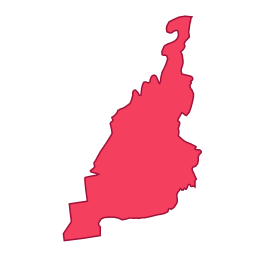 the district of Al-Mahmoudiya, Babil, Iraq, rotated 83°
{"feature_id": "34846034B92813694057989", "entity_name": "Al-Mahmoudiya", "entity_type": "district", "adm_level": 2, "iso_a3": "IRQ", "parent_name": "Iraq", "parent_adm1": "Babil", "projection": "natural_earth1", "projection_center": [44.202, 33.035], "detail": "fine", "context": "isolated", "style": "filled", "palette": "rose", "viewbox_px": 256, "rotation_deg": 83, "n_neighbors": 0, "source": "geoboundaries", "source_scale": "gbopen_adm2", "svg_char_len": 3442}
<svg xmlns="http://www.w3.org/2000/svg" viewBox="0 0 256 256"><g transform="rotate(83 128 128)"><path d="M100.1,120.9L100.8,121.2L102.5,122.2L103.1,122.5L103.7,122.9L104.6,124.3L104.9,124.8L106.4,127.4L107.2,129.2L107.6,130.0L108.0,132.0L108.3,133.2L108.7,134.3L109.3,135.9L110.4,136.4L111.0,136.8L111.5,137.1L112.5,138.1L114.1,139.9L114.8,141.2L115.4,142.7L116.8,142.5L117.8,142.0L118.7,141.9L119.8,143.4L120.4,144.4L121.5,145.1L124.8,144.7L126.5,144.5L131.1,144.4L132.6,145.2L136.1,148.0L139.3,150.6L144.2,154.8L148.3,158.4L153.0,161.8L156.4,164.2L158.4,166.0L162.9,165.9L165.9,170.6L167.0,170.2L170.3,162.8L171.1,165.1L171.2,168.9L171.7,174.8L171.9,176.6L173.7,177.1L184.2,177.4L195.7,177.2L195.8,180.8L196.2,195.5L204.4,195.6L214.1,195.6L225.0,205.0L232.0,205.0L232.0,203.3L232.0,186.4L231.5,171.5L231.4,168.7L226.0,168.0L222.8,167.5L221.3,168.7L221.1,168.9L218.6,168.7L214.9,165.6L214.0,162.4L214.1,158.5L214.7,153.1L216.2,148.5L218.4,145.0L218.2,141.9L217.5,136.9L218.4,132.7L218.4,131.4L218.4,130.8L218.4,130.0L218.7,129.6L218.9,129.3L219.0,128.9L218.9,126.7L218.8,125.2L219.1,122.1L218.6,116.6L218.5,115.6L217.9,111.1L217.3,102.5L216.0,98.7L213.7,97.7L213.0,97.0L213.9,94.7L212.3,91.9L208.4,88.6L206.0,87.9L200.4,87.8L198.3,86.8L196.1,84.6L194.6,83.5L196.2,82.1L196.3,80.7L195.3,80.1L194.7,79.1L195.8,78.3L195.9,77.8L194.3,76.4L192.8,75.9L191.7,75.1L191.4,74.0L192.0,73.3L193.2,73.1L193.8,72.3L193.7,69.8L194.7,68.7L190.6,68.2L189.0,68.0L188.0,67.5L187.8,67.4L187.1,66.3L184.9,67.1L177.5,69.4L175.7,69.2L174.8,68.4L174.2,65.6L173.1,64.6L172.2,63.5L172.0,63.3L170.1,62.6L167.7,62.0L166.1,62.0L165.0,61.5L163.6,61.1L162.7,60.1L161.8,58.8L160.9,58.2L159.9,58.3L158.9,59.0L158.4,59.8L157.9,62.4L157.5,63.9L156.4,64.0L155.3,62.8L154.9,62.7L151.6,67.4L149.8,70.8L148.2,73.3L145.5,76.0L144.9,76.5L144.4,76.9L143.1,78.0L141.9,79.0L140.1,78.4L137.4,77.9L134.6,78.2L133.2,77.5L130.2,76.2L128.6,76.1L127.6,76.8L126.9,77.8L126.0,77.6L119.4,72.8L119.8,71.9L122.0,69.8L122.7,68.5L121.1,66.8L119.7,65.2L115.2,63.0L110.2,61.0L107.9,60.1L106.9,60.0L105.8,59.4L102.4,58.8L99.4,59.5L98.0,60.0L96.6,60.9L95.1,61.3L93.6,61.3L92.4,60.9L91.5,60.0L90.9,59.6L89.8,59.9L89.3,60.1L88.8,59.2L88.3,58.3L87.6,57.9L86.2,57.7L84.8,58.6L84.0,59.9L83.0,62.6L81.7,66.1L81.0,67.9L78.9,68.2L76.9,68.3L74.9,67.5L72.3,66.2L70.2,65.5L68.6,65.3L66.6,65.2L64.0,65.3L62.6,65.3L61.0,65.5L60.2,65.9L59.3,66.4L58.4,66.0L57.6,64.5L56.4,63.3L55.0,62.1L53.7,61.6L53.3,61.6L52.1,61.9L51.0,61.8L49.3,60.9L48.5,60.0L46.0,57.0L45.2,56.0L42.7,56.0L40.2,56.1L38.1,55.6L36.6,55.1L34.5,54.6L32.1,54.0L30.2,53.2L28.6,52.6L27.3,52.5L25.5,51.0L24.0,57.7L24.0,58.0L24.2,63.7L25.3,67.5L26.2,70.3L27.2,73.1L27.6,74.2L31.1,76.8L34.0,77.8L37.2,77.6L38.6,75.4L38.9,73.2L37.3,70.2L37.0,68.1L37.0,67.8L38.0,66.6L42.4,66.6L43.6,67.3L45.0,68.0L47.1,70.4L48.6,74.3L49.4,78.3L50.1,80.0L50.6,81.1L51.2,82.0L51.5,82.3L53.2,83.3L56.4,85.1L59.3,85.2L60.2,84.0L60.2,82.2L61.2,80.7L64.1,80.2L66.3,81.1L70.0,83.0L71.6,83.9L75.9,86.7L76.8,87.3L80.5,88.7L83.4,89.6L85.4,90.0L87.3,90.8L87.6,91.5L86.8,91.8L84.6,92.4L82.0,93.2L79.8,94.0L78.7,95.4L79.0,97.5L80.3,98.7L82.4,99.9L82.6,100.0L85.0,100.6L85.5,101.8L85.3,103.5L84.4,104.8L84.5,106.1L84.5,106.7L85.5,107.5L87.1,108.3L90.6,109.7L93.3,110.3L94.2,110.5L95.8,110.9L97.2,111.3L96.7,113.0L96.1,113.1L95.1,113.5L94.1,113.8L91.3,115.9L91.2,117.1L92.0,118.2L93.5,119.0L96.0,119.2L97.9,120.0L100.1,120.9Z" fill="#f43f5e" stroke="#9f1239" stroke-width="1.5"/></g></svg>